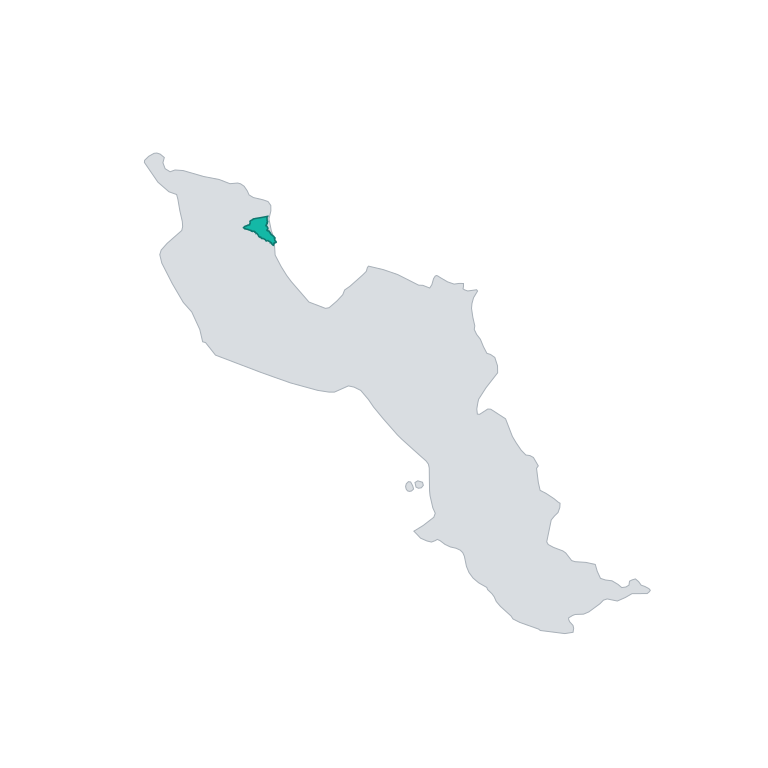 Mwanza, Mwanza, Malawi (highlighted), rotated 147°
{"feature_id": "42251766B31446962769453", "entity_name": "Mwanza", "entity_type": "district", "adm_level": 2, "iso_a3": "MWI", "parent_name": "Malawi", "parent_adm1": "Mwanza", "projection": "orthographic", "projection_center": [34.516, -15.608], "detail": "fine", "context": "in_parent", "style": "filled", "palette": "teal", "viewbox_px": 768, "rotation_deg": 147, "n_neighbors": 0, "source": "geoboundaries", "source_scale": "gbopen_adm2", "svg_char_len": 7280}
<svg xmlns="http://www.w3.org/2000/svg" viewBox="0 0 768 768"><g transform="rotate(147 384 384)"><path d="M297.7,445.6L293.4,439.6L289.8,441.2L285.0,445.4L282.3,446.6L280.9,446.4L280.1,445.4L278.9,442.7L275.1,435.1L270.8,429.6L266.3,427.5L262.6,425.0L264.2,422.5L265.9,420.8L265.1,419.0L263.1,416.4L255.0,412.6L254.9,411.0L261.9,407.6L266.4,403.6L269.4,399.8L273.2,391.5L276.2,383.3L278.6,380.6L279.3,375.1L278.8,369.0L280.3,361.1L281.0,353.7L278.6,350.8L276.6,345.9L278.9,337.4L282.6,331.5L300.5,325.3L312.9,319.7L315.5,317.2L319.8,312.5L322.1,307.9L320.4,306.5L310.6,306.5L308.2,304.7L301.0,288.6L304.9,270.1L305.2,262.8L305.0,253.8L303.7,247.2L300.6,244.5L298.7,241.0L299.2,231.3L302.0,230.2L308.2,217.4L311.0,209.8L307.6,203.8L303.9,195.3L302.2,189.9L301.3,188.1L303.8,184.7L308.1,181.4L312.8,180.5L317.8,178.9L333.5,163.0L333.7,159.9L330.8,154.6L324.9,146.6L323.6,143.3L322.8,133.7L320.5,130.9L311.8,124.4L305.1,117.6L307.2,110.7L308.3,103.1L305.0,99.0L300.0,94.8L296.9,88.5L295.5,83.8L291.7,82.0L288.1,81.9L285.5,84.9L282.7,84.6L279.3,83.6L278.1,79.6L277.9,75.2L275.6,72.3L273.3,68.2L273.0,66.0L274.4,65.3L277.4,64.9L290.2,73.1L297.9,73.5L306.5,74.9L313.9,82.2L317.7,83.2L322.6,82.1L336.4,81.3L342.0,82.3L349.2,86.6L352.0,87.2L356.5,87.3L357.3,86.2L357.8,83.6L357.0,78.5L358.0,75.8L360.7,72.8L368.3,76.2L387.2,92.2L387.8,94.2L399.9,110.0L403.8,116.7L403.8,120.2L407.5,134.1L408.3,140.5L407.5,145.5L407.7,149.4L409.1,155.1L408.6,157.4L412.9,165.7L415.0,172.7L415.4,179.5L414.2,186.1L410.4,195.8L409.8,199.7L410.6,203.2L413.0,207.0L417.1,211.2L420.2,216.2L422.3,222.1L424.0,224.7L426.2,224.7L430.3,225.6L433.5,229.0L437.3,234.8L438.5,241.4L439.1,244.3L428.3,244.0L414.8,245.1L411.4,247.7L410.5,253.5L406.2,265.3L403.9,269.7L398.9,277.7L391.8,288.9L390.4,292.6L390.6,296.4L394.8,311.7L399.1,327.8L400.5,334.1L403.6,355.4L405.3,370.5L405.5,379.4L407.0,391.3L410.8,397.7L414.9,401.8L430.0,404.2L434.6,407.2L443.1,414.8L461.8,435.8L472.1,449.2L481.1,461.0L497.1,482.9L509.6,500.0L511.1,515.9L513.1,518.2L508.8,530.0L506.0,549.1L507.9,561.8L506.9,583.4L504.5,606.4L501.6,614.6L497.9,617.7L489.2,620.1L470.0,622.9L467.2,625.6L464.7,630.0L460.8,640.6L456.2,651.3L454.7,655.9L455.6,657.0L459.7,662.4L463.7,676.4L464.3,700.3L462.9,702.0L457.3,703.1L451.2,702.7L448.7,701.4L446.5,698.7L444.9,693.6L448.9,690.0L450.3,683.8L447.8,678.5L442.7,677.3L436.2,672.4L422.4,656.4L410.8,645.2L404.1,635.9L397.2,632.2L395.2,629.9L393.6,626.0L393.5,620.3L394.2,616.1L392.0,611.5L385.0,604.2L381.9,600.2L381.7,595.4L384.6,590.8L390.6,585.1L395.1,573.7L396.7,566.3L405.1,551.4L406.3,538.5L406.5,528.1L406.0,520.4L403.8,504.6L402.3,493.6L391.9,479.3L388.5,477.9L378.6,479.2L370.0,481.3L365.8,484.3L359.4,484.5L342.8,487.0L337.5,488.1L334.5,490.7L332.8,491.3L322.2,480.2L312.9,468.3L301.1,448.0L297.7,445.6ZM419.6,288.2L416.7,288.8L415.0,287.3L415.4,282.9L416.4,279.8L419.2,279.3L421.2,280.1L422.5,281.6L422.6,283.9L421.7,286.3L419.6,288.2ZM413.3,280.1L411.7,284.5L408.4,284.4L405.2,280.6L406.2,277.6L409.2,276.6L411.9,277.8L413.3,280.1Z" fill="#d9dde1" stroke="#a8b0b8" stroke-width="1"/><path d="M403.7,593.7L403.8,593.6L404.0,593.5L404.3,593.4L404.9,593.4L405.0,593.4L405.3,593.5L406.3,593.6L406.7,593.5L407.0,593.6L407.6,593.5L407.8,593.5L408.1,592.9L408.4,592.2L408.6,591.7L409.0,591.6L409.3,591.5L409.4,591.3L409.8,590.9L410.0,590.7L410.6,590.9L410.7,591.0L410.9,591.1L411.0,591.2L411.4,591.1L411.8,591.3L412.0,591.5L412.2,591.4L412.5,591.4L412.9,591.4L413.1,591.6L413.5,591.5L413.8,591.7L413.9,591.8L414.1,591.9L414.4,591.9L414.7,591.8L414.9,591.9L415.0,592.0L415.6,591.9L416.0,591.8L416.4,591.7L416.7,591.6L416.6,591.4L416.5,591.0L416.4,590.7L416.3,590.3L416.3,590.1L416.2,590.1L415.9,589.9L415.7,589.9L415.5,589.7L415.6,589.4L415.5,589.1L415.4,589.0L415.2,588.9L414.7,588.5L414.5,588.4L414.4,588.2L414.0,587.9L413.9,587.8L413.9,587.7L413.9,587.4L413.8,587.2L413.5,587.1L413.2,586.7L413.0,586.3L412.7,586.1L412.4,585.7L412.0,585.3L412.0,585.2L411.7,585.0L411.7,584.9L411.8,584.8L411.9,584.6L412.0,584.5L411.8,584.2L411.6,584.0L411.5,583.9L411.4,583.8L411.2,583.9L411.1,583.7L411.0,583.4L410.9,583.4L410.6,583.4L410.4,583.3L410.3,583.2L410.1,583.0L409.7,582.8L409.6,582.7L409.7,582.1L409.7,581.9L409.7,581.7L409.3,581.5L409.2,581.5L409.2,581.4L409.3,581.0L409.3,580.9L409.2,580.8L409.1,580.6L409.1,580.4L409.1,580.0L409.2,579.9L408.9,579.8L408.8,579.7L408.7,579.6L408.6,579.4L408.5,579.1L408.5,578.7L408.6,578.4L408.5,578.1L408.4,577.7L408.6,576.5L408.6,575.8L408.6,575.6L408.5,575.4L408.4,575.2L408.2,575.3L408.1,575.2L408.0,574.8L408.0,574.7L407.7,574.7L407.5,574.4L407.3,574.1L407.4,573.9L407.5,573.8L407.4,573.5L407.4,573.3L407.5,573.1L407.4,572.9L407.2,572.4L406.9,572.2L406.3,572.2L406.1,571.8L405.9,571.6L405.7,571.3L405.6,571.2L405.6,570.7L405.3,570.2L405.1,570.0L404.9,569.7L404.9,569.4L404.9,569.2L405.0,568.8L405.1,568.6L404.8,568.3L404.8,568.2L404.7,568.1L404.6,567.9L404.4,567.9L404.2,567.9L403.8,567.7L403.2,567.5L403.2,567.2L403.0,566.9L403.0,566.7L402.8,566.4L402.7,566.2L402.3,565.8L402.1,565.6L402.2,565.4L402.3,565.1L402.3,564.8L402.2,564.6L401.8,564.2L401.7,564.1L401.7,563.8L401.8,563.8L401.7,563.7L401.8,563.6L401.8,563.4L401.9,562.7L401.7,562.3L401.7,562.0L401.6,561.5L401.5,561.1L401.4,560.7L401.2,560.5L400.9,560.9L400.7,561.1L400.4,561.4L400.1,561.4L400.0,561.5L399.9,561.5L399.9,561.8L399.6,562.1L399.4,562.1L399.2,562.1L398.8,561.8L398.6,561.7L398.5,561.8L398.2,562.0L397.9,561.9L397.8,561.7L397.5,561.5L397.4,561.5L397.2,561.6L397.2,561.8L397.0,562.0L397.0,562.3L397.0,562.5L397.0,562.8L397.1,563.1L397.3,563.4L397.3,563.5L397.3,563.8L397.4,564.0L397.2,564.4L397.0,564.5L396.9,564.8L396.8,565.0L396.7,565.2L396.7,565.3L396.5,565.2L396.4,565.2L396.3,565.6L396.2,565.8L395.9,565.9L396.0,566.1L396.1,566.4L396.1,566.5L396.1,566.8L396.2,567.0L396.0,567.5L396.1,567.8L396.1,568.1L396.2,568.3L396.4,568.6L396.5,568.7L396.6,568.8L396.6,569.1L396.7,569.3L396.8,569.5L396.7,569.9L396.7,570.0L396.9,570.6L397.1,570.6L397.2,570.9L397.3,571.0L397.2,571.4L397.1,571.6L397.2,571.8L397.3,571.9L397.3,572.0L397.3,572.3L397.0,572.5L397.0,572.9L397.0,573.0L397.3,573.2L397.3,573.4L397.4,573.5L397.3,573.8L397.3,574.0L397.1,574.1L397.0,574.5L397.1,574.9L397.3,575.2L397.4,575.3L397.5,575.3L397.8,575.3L398.0,575.5L398.2,575.9L398.2,576.2L398.0,576.5L398.3,576.7L398.5,576.7L398.5,576.8L398.4,576.9L398.0,577.0L397.7,577.2L397.5,577.3L397.4,577.3L397.2,577.2L397.0,577.3L396.8,577.5L396.7,577.7L396.6,577.8L396.6,578.0L396.4,578.3L396.5,578.6L396.4,579.0L396.5,579.3L396.5,579.5L396.4,579.6L396.3,579.8L396.4,580.0L396.4,580.3L396.4,580.5L396.8,580.8L396.9,581.0L396.7,581.4L396.3,581.4L396.1,581.4L396.0,581.5L395.9,581.6L395.7,581.6L395.6,581.8L395.5,582.0L395.4,582.1L395.1,582.2L394.8,582.1L394.6,582.1L394.3,582.4L394.2,582.6L394.2,582.8L394.3,583.2L394.2,583.3L393.8,583.2L393.5,583.2L393.4,583.2L393.3,583.3L393.0,583.7L392.9,583.9L393.0,584.2L393.1,584.4L393.1,584.5L393.0,584.9L392.9,585.0L392.9,585.3L392.4,585.6L392.2,585.9L392.1,586.1L392.0,586.4L391.9,586.6L391.9,586.9L391.8,587.0L391.6,587.2L391.5,587.3L391.1,587.8L390.9,587.8L390.7,587.7L390.4,587.7L390.3,587.9L390.2,588.0L392.5,588.9L394.2,589.6L396.1,590.4L397.8,591.1L399.1,591.7L401.2,592.6L401.6,592.8L402.5,593.1L403.4,593.5L403.7,593.7L403.7,593.7Z" fill="#14b8a6" stroke="#0f766e" stroke-width="1.5"/></g></svg>